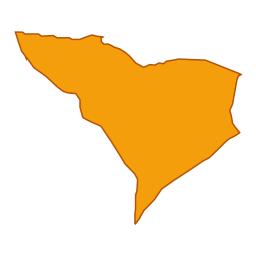 the district of Ar Reif Ash Shargi, South Kordufan, Sudan
{"feature_id": "16777658B25449953916595", "entity_name": "Ar Reif Ash Shargi", "entity_type": "district", "adm_level": 2, "iso_a3": "SDN", "parent_name": "Sudan", "parent_adm1": "South Kordufan", "projection": "mercator", "projection_center": [29.773, 11.191], "detail": "fine", "context": "isolated", "style": "filled", "palette": "amber", "viewbox_px": 256, "rotation_deg": 0, "n_neighbors": 0, "source": "geoboundaries", "source_scale": "gbopen_adm2", "svg_char_len": 1809}
<svg xmlns="http://www.w3.org/2000/svg" viewBox="0 0 256 256"><path d="M26.5,59.0L26.8,57.9L27.3,58.4L30.1,62.3L33.9,67.7L34.1,67.8L45.7,76.1L46.0,76.3L57.2,86.8L63.0,91.2L68.0,92.9L75.8,93.6L76.0,93.8L80.0,99.9L80.0,100.2L80.0,107.2L82.6,116.8L82.8,116.9L83.0,117.7L90.2,121.5L100.9,126.2L101.1,126.4L111.3,141.5L120.4,156.1L124.7,163.3L124.9,163.7L128.4,167.3L134.6,173.7L137.6,179.3L137.0,189.8L136.9,190.3L136.9,191.1L135.7,194.5L135.7,194.9L135.6,195.4L135.5,209.6L134.9,214.3L135.0,223.1L134.9,223.3L134.9,223.5L135.3,223.9L138.6,219.8L142.4,213.1L143.8,210.6L154.5,199.5L161.6,189.0L173.6,180.5L190.0,169.8L202.8,161.1L209.1,157.8L212.5,154.7L226.1,141.3L229.0,138.8L233.3,136.7L237.2,134.5L239.7,132.6L239.2,132.0L234.6,126.4L232.6,123.3L232.5,122.7L231.2,115.6L229.8,110.4L232.5,104.2L234.2,94.9L235.7,86.4L237.0,79.5L238.4,76.1L239.9,75.2L240.3,75.0L239.9,74.9L240.5,74.5L240.3,74.4L240.6,74.2L239.9,73.9L226.7,68.6L222.7,67.0L205.3,60.1L178.6,59.1L173.4,60.1L166.3,61.3L163.5,63.7L159.0,63.0L154.8,65.1L149.9,64.6L143.6,67.3L135.9,63.1L135.6,62.9L135.1,62.3L133.8,60.9L132.2,59.0L131.3,58.1L129.3,55.9L128.8,55.5L127.5,54.3L127.2,54.1L126.6,53.6L124.6,52.0L124.5,51.9L122.3,50.5L119.6,48.9L118.6,48.6L114.3,47.2L113.4,46.7L111.6,45.6L109.2,44.6L107.9,44.0L107.5,44.0L103.9,44.3L103.7,44.0L101.5,41.9L101.4,41.6L101.1,38.5L101.1,37.9L101.6,37.7L102.6,37.2L102.9,37.0L102.5,36.9L102.4,36.9L96.6,36.2L92.0,35.0L91.8,35.1L87.4,36.5L79.7,39.4L79.2,39.4L72.0,39.4L69.3,37.8L57.0,37.8L53.3,35.6L52.8,35.6L41.6,36.2L38.5,34.0L25.0,34.0L22.6,32.2L18.1,32.1L15.4,32.1L15.5,32.4L15.5,32.6L16.4,35.3L17.4,38.6L17.8,39.8L18.2,41.2L18.7,42.8L18.9,43.3L21.6,51.1L22.3,52.0L22.5,52.3L24.9,55.5L25.5,56.8L25.8,57.7L26.0,58.1L26.1,58.3L26.4,58.8L26.5,59.0Z" fill="#f59e0b" stroke="#b45309" stroke-width="1.5"/></svg>